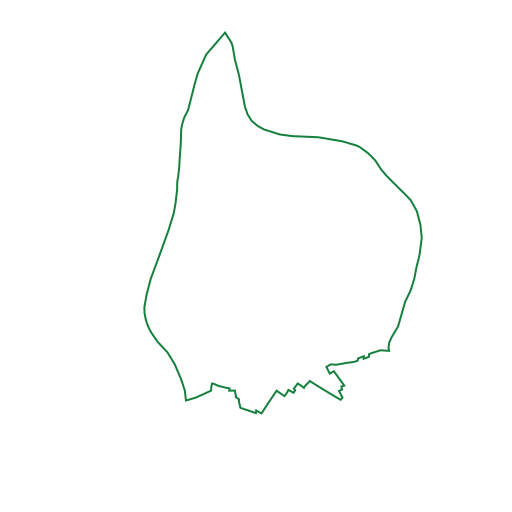 outline of Long Bien, Ha Noi, Vietnam, rotated 38°
{"feature_id": "81297802B92281690814663", "entity_name": "Long Bien", "entity_type": "district", "adm_level": 2, "iso_a3": "VNM", "parent_name": "Vietnam", "parent_adm1": "Ha Noi", "projection": "orthographic", "projection_center": [105.905, 21.038], "detail": "fine", "context": "isolated", "style": "outline", "palette": "green", "viewbox_px": 512, "rotation_deg": 38, "n_neighbors": 0, "source": "geoboundaries", "source_scale": "gbopen_adm2", "svg_char_len": 2345}
<svg xmlns="http://www.w3.org/2000/svg" viewBox="0 0 512 512"><g transform="rotate(38 256 256)"><path d="M144.2,238.8L145.7,241.2L148.3,246.1L152.8,252.0L159.6,263.1L163.6,270.5L164.9,273.1L171.0,289.0L180.3,317.3L187.0,338.5L192.6,351.5L193.6,353.9L199.7,365.3L203.4,369.7L208.7,374.3L214.3,377.9L220.2,380.7L231.2,384.2L245.4,386.4L258.5,391.3L272.3,398.9L282.6,405.7L289.8,413.0L295.7,404.7L303.5,389.8L302.8,388.8L301.2,386.4L299.9,383.5L301.7,382.6L306.3,381.5L313.6,378.2L316.7,376.6L317.9,378.6L318.0,378.5L321.0,376.0L321.6,375.6L322.3,375.0L323.3,376.1L324.7,377.3L325.2,377.6L325.3,377.7L325.8,378.1L326.4,378.6L326.9,379.6L330.9,379.4L331.6,380.6L332.9,381.9L334.4,382.9L335.9,384.2L337.0,385.2L337.9,385.0L352.6,379.9L351.3,377.6L357.2,376.7L355.8,359.0L355.8,358.9L355.2,349.5L364.6,348.9L364.7,347.1L364.5,343.9L364.0,341.6L364.8,341.4L369.2,340.8L369.8,340.7L369.6,337.7L367.5,337.2L367.5,334.2L367.4,330.7L370.1,330.5L374.9,330.4L374.8,330.0L374.7,329.4L374.7,328.8L374.7,328.3L374.7,327.9L374.7,327.6L374.7,327.1L374.8,326.7L374.9,326.1L375.0,325.5L375.1,324.8L375.2,324.1L375.3,323.4L375.3,322.5L375.3,321.6L375.3,321.4L379.7,321.0L390.6,319.8L403.3,318.3L411.2,317.2L411.4,314.4L404.5,311.3L406.0,308.3L403.6,306.2L405.3,303.8L396.1,301.1L388.3,298.9L386.5,303.2L379.8,300.1L380.5,298.3L381.2,296.3L381.6,295.5L382.2,294.9L383.5,294.1L384.7,293.3L385.8,292.5L386.7,291.7L390.9,287.1L393.2,284.4L394.1,283.5L397.8,279.8L400.5,276.3L400.1,275.0L399.5,273.9L402.6,268.6L404.1,270.7L407.0,266.1L405.5,263.6L407.1,261.0L412.2,253.6L419.3,248.8L416.8,246.5L415.9,245.0L414.1,241.8L412.8,236.0L411.3,224.0L409.2,218.8L401.7,200.2L400.1,192.8L399.0,187.8L394.8,176.6L389.4,166.1L384.4,154.8L375.4,139.6L370.6,134.6L366.6,130.4L355.2,121.7L343.8,116.8L334.9,115.5L330.2,115.0L329.4,114.9L323.8,114.2L318.6,113.6L317.0,113.4L309.3,112.4L301.8,110.9L295.3,108.7L291.3,107.3L281.0,106.0L270.3,106.3L266.5,107.3L253.2,112.6L232.3,123.9L231.1,124.7L213.6,137.2L211.8,138.6L200.1,145.5L184.6,151.3L177.4,152.5L169.5,152.2L162.3,149.6L155.6,145.4L138.9,130.7L131.2,123.9L118.4,114.2L108.9,105.5L105.5,103.1L94.1,99.0L92.7,127.9L97.8,148.3L102.0,158.7L105.3,166.1L112.7,183.0L113.9,189.6L114.5,191.9L116.8,197.8L117.8,199.8L119.2,202.4L127.9,214.3L136.2,226.7L140.9,233.4L144.2,238.8Z" fill="none" stroke="#15803d" stroke-width="2"/></g></svg>